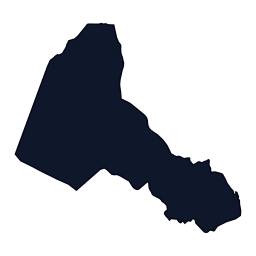 the border of Rio San Juan
{"feature_id": "NIC-4800", "entity_name": "Rio San Juan", "entity_type": "Department", "adm_level": 1, "iso_a3": "NIC", "parent_name": "Nicaragua", "parent_adm1": "", "projection": "equal_earth", "projection_center": [-84.287, 11.292], "detail": "fine", "context": "isolated", "style": "filled", "palette": "ink", "viewbox_px": 256, "rotation_deg": 0, "n_neighbors": 0, "source": "natural_earth", "source_scale": "10m", "svg_char_len": 2973}
<svg xmlns="http://www.w3.org/2000/svg" viewBox="0 0 256 256"><path d="M169.4,220.0L168.7,218.8L165.7,215.6L165.4,215.0L164.9,214.2L164.6,213.2L165.2,211.8L165.8,211.3L167.6,210.0L167.1,205.7L164.8,203.1L162.3,201.4L161.1,199.6L159.6,198.3L153.4,195.2L152.0,193.4L151.6,192.1L149.8,189.2L149.3,187.8L149.0,185.6L149.0,183.8L148.7,182.4L147.4,181.6L146.3,182.5L139.1,188.7L137.8,189.4L136.3,189.2L134.9,188.5L133.7,187.6L132.6,186.3L129.5,181.3L128.9,180.7L128.3,180.3L127.6,179.9L126.9,179.6L120.2,175.7L117.1,174.4L114.2,174.6L111.9,174.2L106.8,169.3L104.4,167.9L100.2,169.2L90.3,177.9L76.4,190.1L68.8,184.2L57.4,179.1L39.4,170.2L32.8,166.6L20.8,160.7L15.4,154.1L47.5,66.8L50.0,61.2L50.3,60.7L50.9,60.0L52.9,58.6L55.6,56.1L56.9,55.2L57.7,54.8L58.3,55.1L58.7,55.2L59.3,55.1L61.8,53.9L62.6,53.3L63.1,52.8L63.5,51.8L64.1,50.8L65.0,49.5L65.2,49.1L65.4,48.7L65.6,48.3L66.1,47.5L66.4,47.0L66.5,46.2L66.9,44.8L68.9,40.8L74.6,39.1L78.0,36.2L86.8,25.4L87.3,24.6L87.9,24.3L88.6,24.2L98.5,24.3L101.2,23.7L101.8,23.7L102.9,24.1L103.5,24.2L105.5,23.9L105.9,24.0L106.4,24.1L107.1,24.5L108.6,24.9L113.7,25.1L116.4,37.5L118.4,42.4L119.5,43.6L120.4,44.8L120.7,46.0L120.5,48.1L120.7,52.8L122.2,57.4L123.5,63.0L123.4,64.5L123.2,66.5L121.9,70.6L120.0,79.3L119.6,82.8L119.5,85.1L120.5,92.1L121.0,99.0L129.9,103.4L133.8,106.5L144.5,115.3L146.6,118.1L147.3,120.5L147.4,122.8L147.7,125.1L148.7,127.8L149.9,129.5L151.2,130.7L157.5,135.0L162.7,140.0L166.6,145.1L167.7,147.1L170.5,153.0L171.1,154.1L171.7,154.6L172.1,154.5L172.6,154.7L173.1,155.0L173.9,155.7L174.3,155.9L175.1,156.1L176.1,156.6L176.4,156.7L176.8,156.7L178.1,156.5L179.0,156.5L179.3,156.5L180.2,156.8L182.4,158.0L184.1,158.7L188.3,158.0L189.2,158.1L189.6,158.4L189.5,159.4L189.5,159.9L189.6,160.4L189.7,160.8L191.2,162.8L192.5,164.3L193.2,164.7L193.8,164.8L194.9,164.0L195.8,163.8L196.1,163.6L196.7,163.2L196.9,162.9L197.6,162.4L198.1,162.2L199.1,161.9L199.9,162.1L201.2,162.8L201.8,162.9L202.3,162.9L202.6,162.6L203.0,162.5L203.3,162.3L203.6,162.0L204.6,161.5L205.9,161.2L206.6,161.0L208.4,159.8L208.8,159.9L209.0,160.3L209.1,160.8L208.9,164.2L208.9,164.8L209.1,165.7L209.2,166.2L209.6,166.9L210.0,167.5L210.3,167.9L210.4,168.3L210.5,168.9L210.5,170.1L210.6,170.8L210.8,171.4L211.4,172.4L211.8,172.7L212.2,172.7L212.5,172.6L212.8,172.3L213.1,172.1L214.1,172.1L215.6,172.2L220.9,173.6L221.9,174.0L222.2,174.3L222.7,174.9L225.1,179.1L227.0,183.4L230.5,188.3L232.8,190.7L233.9,194.6L236.3,194.0L235.7,192.1L235.8,192.1L236.8,192.4L237.8,195.6L238.1,195.7L238.4,196.8L238.0,199.2L239.3,200.2L239.4,204.1L240.6,210.5L240.3,215.4L235.5,218.7L226.7,221.5L226.1,221.7L217.2,226.2L214.4,230.4L213.9,230.8L210.3,229.9L209.4,230.3L207.5,232.0L206.2,232.3L204.9,232.1L204.0,231.5L195.9,223.0L195.3,219.9L193.8,218.6L192.0,219.0L190.4,221.1L188.2,220.4L184.8,223.2L183.2,221.1L182.3,221.1L180.7,222.7L179.2,221.9L176.7,218.7L175.1,219.0L173.9,218.8L173.0,218.6L170.9,218.6L169.4,220.0Z" fill="#0f172a" stroke="#020617" stroke-width="1.5"/></svg>